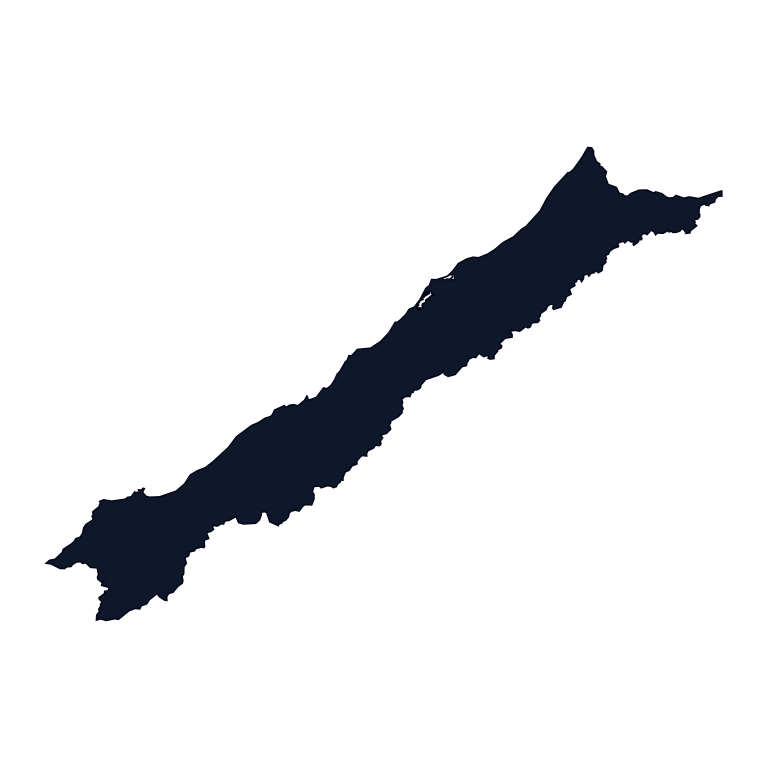 outline of Westland District, West Coast, New Zealand
{"feature_id": "76426892B53697269366586", "entity_name": "Westland District", "entity_type": "district", "adm_level": 2, "iso_a3": "NZL", "parent_name": "New Zealand", "parent_adm1": "West Coast", "projection": "orthographic", "projection_center": [170.002, -43.529], "detail": "fine", "context": "isolated", "style": "filled", "palette": "ink", "viewbox_px": 768, "rotation_deg": 0, "n_neighbors": 0, "source": "geoboundaries", "source_scale": "gbopen_adm2", "svg_char_len": 6094}
<svg xmlns="http://www.w3.org/2000/svg" viewBox="0 0 768 768"><path d="M587.7,147.5L581.7,157.8L573.5,169.3L569.2,172.9L568.1,172.5L554.7,186.9L546.5,199.0L540.2,210.9L526.1,226.4L521.6,229.2L513.5,236.9L503.4,242.3L495.0,249.4L487.4,254.2L478.6,257.7L472.9,257.2L466.9,258.9L458.4,263.5L452.7,271.1L447.4,276.1L436.4,279.7L431.6,279.5L429.4,285.5L425.8,288.4L420.3,299.1L414.9,306.3L419.6,302.2L419.7,300.7L423.1,299.4L422.4,297.5L423.2,297.3L422.9,295.4L424.2,296.7L425.0,294.7L424.0,293.3L426.5,293.4L425.3,292.5L425.1,291.0L426.2,291.4L425.5,292.4L431.1,291.3L432.3,294.8L434.0,294.6L433.8,296.0L432.8,295.0L431.7,295.4L429.9,296.7L429.8,299.3L428.7,297.9L425.6,300.3L425.9,302.2L422.3,304.0L422.2,305.3L423.1,305.9L422.2,306.0L422.6,307.0L421.8,308.3L419.3,307.8L419.9,309.4L418.8,308.9L419.2,309.7L419.3,310.4L419.2,310.6L418.6,309.4L418.0,310.2L418.5,308.4L417.5,308.1L417.4,309.0L417.1,307.6L414.9,306.7L409.1,309.3L405.8,314.5L400.3,319.9L397.5,322.1L395.1,322.3L389.0,332.6L380.8,341.3L370.7,348.1L357.4,349.4L351.9,355.5L348.9,355.7L346.9,360.7L345.4,361.8L339.6,371.8L337.2,374.0L334.6,380.0L330.7,385.8L326.8,388.7L323.5,387.9L316.4,397.3L309.7,399.9L308.4,399.5L306.9,396.0L304.4,400.4L297.7,405.9L294.3,404.6L289.8,405.1L286.2,407.4L284.4,405.6L274.6,410.0L272.3,414.8L270.4,416.6L265.5,418.0L258.5,422.5L251.6,425.5L236.5,436.7L228.5,447.4L213.1,461.6L205.4,467.6L197.6,470.6L190.3,474.9L184.6,483.8L176.2,491.1L159.6,496.8L149.1,497.2L145.7,496.0L143.0,492.8L142.8,491.5L144.4,488.6L143.2,488.2L141.4,490.0L138.5,489.9L139.4,492.0L135.3,492.7L134.8,491.9L131.1,496.8L127.7,497.3L125.2,499.2L111.6,501.1L103.6,499.8L99.7,501.4L100.3,503.2L98.8,506.9L92.8,511.7L93.1,514.5L92.0,516.6L93.0,518.0L92.9,519.8L85.9,524.5L83.8,527.6L82.5,533.3L80.2,537.1L75.8,538.7L74.4,541.3L71.2,544.1L63.4,549.2L62.2,552.5L55.0,559.3L49.5,560.3L46.1,563.3L50.7,563.8L60.0,568.5L64.6,568.6L66.6,566.9L71.1,566.5L72.3,564.7L76.3,562.1L80.6,561.7L82.5,563.5L85.8,562.8L90.5,567.4L97.3,567.9L98.0,572.8L98.8,573.5L97.4,577.4L98.0,579.3L101.3,582.0L103.8,581.4L102.0,583.5L101.6,585.4L109.2,587.5L108.1,590.8L104.7,591.3L104.5,593.6L99.0,597.6L99.6,599.7L101.5,600.8L101.6,602.4L100.5,604.6L100.8,606.0L98.7,609.2L99.5,611.3L96.7,615.1L96.4,620.1L100.6,618.9L106.1,620.5L115.0,618.7L118.4,619.4L129.1,610.7L134.9,608.5L139.9,608.9L141.1,605.9L146.7,603.9L149.4,599.7L157.1,593.6L159.4,596.7L164.5,600.1L166.9,600.5L166.7,596.7L168.7,593.5L173.0,592.3L177.8,586.4L182.3,583.2L182.9,580.5L182.1,576.4L183.7,573.7L183.9,566.7L186.3,563.4L184.9,557.7L188.6,555.9L189.7,551.9L194.5,550.8L195.5,548.7L201.3,547.1L203.9,547.6L204.6,546.3L204.2,541.9L204.8,539.8L208.7,538.6L206.5,532.6L211.0,531.4L213.6,529.3L212.5,527.6L213.1,525.4L217.4,526.1L220.9,523.9L223.6,524.0L224.9,520.9L228.9,520.5L236.1,516.6L238.6,522.7L243.6,524.0L255.7,523.3L259.5,519.8L261.3,514.9L261.4,512.2L264.6,511.7L266.7,512.5L269.8,521.8L278.3,525.7L278.9,524.2L282.0,522.8L282.2,521.6L285.5,520.2L288.2,517.2L289.3,512.8L291.4,511.1L295.6,510.2L299.1,511.1L302.9,506.1L305.1,504.7L311.7,504.9L314.0,499.1L314.0,494.4L312.3,491.8L314.1,486.4L319.4,486.1L321.1,487.8L327.5,485.7L331.4,486.3L333.3,487.7L336.3,486.7L337.7,483.9L340.3,482.0L340.8,479.9L343.0,480.3L343.0,477.5L345.2,472.0L349.1,470.3L351.9,466.0L357.0,464.0L356.9,461.0L360.5,456.8L362.1,455.6L366.8,456.0L366.6,453.4L367.8,450.9L373.7,447.9L375.5,445.1L379.3,445.8L380.6,444.7L381.0,443.2L380.2,441.2L382.7,437.9L381.3,436.1L381.6,434.9L386.5,433.4L390.7,429.1L389.4,424.9L390.7,422.8L390.4,421.2L398.3,416.7L402.1,412.7L401.9,411.1L403.2,408.5L401.7,405.3L402.6,402.8L401.8,399.0L405.7,396.4L410.0,396.6L411.2,392.8L413.2,392.3L413.7,390.2L417.6,389.7L420.4,387.8L421.1,384.9L425.7,379.5L438.2,375.3L442.2,372.8L443.4,370.4L444.5,374.4L448.2,376.4L455.1,374.5L462.0,366.7L466.5,365.6L466.7,363.2L469.4,358.7L473.1,357.2L475.7,357.6L479.0,353.2L483.7,356.7L487.9,355.3L488.5,356.4L488.0,358.1L489.8,359.1L494.0,358.6L494.1,355.2L497.6,351.2L497.2,350.1L501.5,347.7L501.6,345.4L499.6,344.6L499.7,343.4L505.2,338.2L512.1,337.2L512.2,334.7L510.2,331.2L514.8,330.4L519.8,331.2L525.7,326.6L528.0,327.9L530.5,326.8L531.0,324.3L532.6,322.7L537.7,322.4L539.6,320.3L538.6,318.4L540.5,315.4L540.1,313.8L546.1,309.7L547.2,306.6L550.0,304.3L553.5,304.2L552.8,308.0L553.5,309.4L561.2,307.1L563.5,301.7L565.1,300.9L566.3,296.7L571.2,294.1L569.5,289.8L570.2,288.3L574.9,285.6L574.2,282.4L576.5,281.6L577.1,279.2L579.9,279.0L581.7,281.7L583.5,278.7L583.8,275.3L586.1,274.3L588.0,274.6L588.9,276.2L591.2,273.3L594.3,272.7L595.8,270.3L598.3,272.8L602.1,270.5L602.7,265.3L606.0,262.3L605.3,260.7L606.5,258.8L605.5,255.4L608.4,254.2L609.7,251.2L613.6,248.4L618.3,246.8L618.5,245.6L617.3,244.8L619.0,242.6L623.3,241.3L624.9,242.9L627.9,239.9L631.4,242.1L633.4,241.3L633.2,244.6L633.9,245.3L637.9,242.2L639.3,239.6L641.4,239.7L642.0,238.4L640.9,236.3L642.3,234.4L644.5,233.3L647.0,234.6L651.1,230.2L653.9,231.7L655.6,234.8L657.4,233.0L663.2,233.3L668.1,230.5L668.9,231.9L671.4,231.3L673.0,232.5L676.5,232.3L679.9,231.0L682.1,228.5L684.6,230.4L684.8,231.6L686.5,231.9L685.9,233.4L690.0,232.9L690.2,230.9L696.7,225.8L694.4,223.4L695.1,222.0L694.4,220.7L695.1,219.2L697.7,219.1L699.7,216.8L699.6,213.9L698.4,212.4L699.3,211.3L698.9,210.0L700.2,205.8L704.7,203.8L705.7,205.1L708.9,205.6L708.9,204.1L714.5,202.0L715.4,198.8L718.2,196.2L721.9,196.1L721.8,191.0L721.1,191.0L698.4,198.5L689.2,196.9L683.8,198.2L675.9,195.4L673.5,197.5L669.8,198.1L666.6,197.3L661.9,193.7L655.7,191.8L653.8,193.0L646.9,190.0L638.9,190.2L630.7,193.5L628.0,196.1L624.5,196.0L622.9,194.2L619.3,193.3L616.3,187.4L608.1,184.4L605.2,176.3L606.5,171.7L601.8,166.8L599.9,166.5L599.8,163.9L596.5,161.6L593.6,155.2L593.6,151.0L591.7,147.9L587.7,147.5ZM448.2,275.9L450.6,274.0L450.9,274.8L453.8,274.7L454.6,276.4L454.4,280.1L451.0,279.4L453.0,275.9L450.3,279.2L446.8,279.0L444.4,280.2L443.0,279.1L443.0,278.0L448.2,275.9ZM428.0,293.5L426.5,292.5L426.5,293.6L425.4,294.0L424.8,296.2L430.2,292.9L428.0,293.5ZM418.7,305.2L418.1,303.5L415.4,306.7L417.0,306.9L418.7,305.2Z" fill="#0f172a" stroke="#020617" stroke-width="1.5"/></svg>